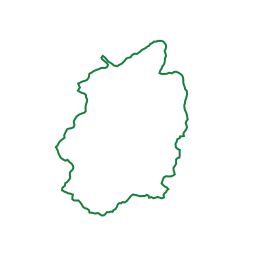 outline of Carmo da Cachoeira, Minas Gerais, Brazil, rotated 119°
{"feature_id": "56859067B43602016556704", "entity_name": "Carmo da Cachoeira", "entity_type": "district", "adm_level": 2, "iso_a3": "BRA", "parent_name": "Brazil", "parent_adm1": "Minas Gerais", "projection": "mercator", "projection_center": [-45.2, -21.454], "detail": "fine", "context": "isolated", "style": "outline", "palette": "green", "viewbox_px": 256, "rotation_deg": 119, "n_neighbors": 0, "source": "geoboundaries", "source_scale": "gbopen_adm2", "svg_char_len": 3147}
<svg xmlns="http://www.w3.org/2000/svg" viewBox="0 0 256 256"><g transform="rotate(119 128 128)"><path d="M194.7,94.8L192.9,93.8L190.7,93.3L188.0,92.8L185.8,92.4L183.6,91.2L183.0,89.2L182.4,87.0L182.0,84.6L180.6,82.6L179.2,80.2L177.3,79.1L177.3,77.1L178.8,75.9L177.2,74.3L177.1,71.7L175.4,70.0L174.0,68.7L173.6,67.0L173.3,64.6L171.3,62.9L169.2,64.5L167.4,64.4L165.7,63.6L164.0,63.8L161.9,63.1L161.1,65.6L161.4,67.4L160.9,69.6L160.1,71.8L157.6,72.2L155.5,72.6L153.6,72.6L151.7,71.3L150.3,68.2L149.2,66.7L147.6,65.4L145.9,64.6L144.0,66.4L142.7,67.8L140.8,68.9L138.1,68.6L135.9,68.6L134.1,69.6L132.2,70.7L130.2,70.0L129.0,68.7L126.6,69.6L123.9,71.3L122.1,72.1L122.3,74.5L121.7,76.8L118.8,78.8L116.5,78.8L113.9,79.4L111.8,77.9L110.0,78.3L109.0,76.5L107.9,75.2L105.8,77.0L103.7,76.8L101.3,76.4L98.9,76.7L97.3,78.0L95.8,79.9L93.6,80.3L91.6,79.9L89.6,81.6L87.1,83.7L85.6,85.5L84.7,86.9L83.0,88.4L81.1,89.7L78.5,90.3L76.0,91.3L74.4,91.3L72.4,91.9L69.8,92.8L67.1,94.5L66.3,96.8L64.8,98.2L63.3,99.9L61.9,101.4L59.9,102.5L57.7,103.9L56.0,105.7L55.3,108.1L55.2,111.0L55.5,113.3L56.7,114.9L58.8,115.9L59.8,118.9L61.5,120.1L62.7,121.7L63.6,123.3L64.5,124.9L64.7,127.1L62.4,127.6L59.4,127.5L57.5,127.8L55.6,127.5L53.9,127.5L51.3,128.4L49.1,129.4L46.4,129.7L44.4,131.6L43.1,133.2L41.4,133.4L39.1,133.7L36.9,135.2L35.8,137.4L35.3,139.1L35.6,141.0L37.1,143.8L38.9,145.3L39.8,147.1L42.2,148.1L43.7,149.3L45.8,149.4L47.5,150.6L49.1,151.2L50.6,152.0L52.6,153.5L55.7,154.6L58.8,156.0L60.0,158.5L62.4,159.9L64.9,160.0L66.6,162.0L68.3,163.2L70.4,163.4L72.3,163.9L74.1,164.4L75.6,165.2L77.2,166.4L79.2,167.4L80.1,170.6L79.7,172.5L79.5,174.5L79.4,176.8L79.0,178.5L78.3,180.1L77.5,182.5L77.2,185.1L79.4,185.3L80.4,183.8L80.7,182.0L81.1,180.0L81.5,177.9L82.5,176.0L84.8,175.9L86.6,177.1L87.4,178.8L88.7,180.8L90.8,182.0L92.3,183.7L94.0,184.9L95.5,185.9L97.2,186.7L99.3,188.1L101.6,187.2L103.6,186.8L106.1,187.3L108.1,189.0L109.5,190.5L111.6,191.9L113.3,193.1L114.8,191.2L115.9,189.7L117.7,189.9L119.7,189.9L119.7,187.9L119.7,185.5L119.1,183.1L119.4,180.9L121.5,179.5L122.7,177.7L124.4,176.7L126.7,176.4L129.4,175.7L131.8,174.4L133.8,173.1L135.7,173.6L137.6,175.3L140.0,177.3L142.6,178.4L145.5,178.7L148.3,178.7L149.9,177.7L151.3,176.3L153.8,176.0L155.8,177.6L157.3,179.6L158.6,180.6L160.5,180.6L162.7,180.5L165.2,180.3L167.4,178.8L169.8,179.9L171.9,180.9L174.0,181.3L177.0,181.2L179.7,181.8L180.9,179.9L182.1,178.2L183.6,176.8L184.7,175.5L185.6,174.0L186.7,172.2L187.0,169.2L186.9,166.8L185.1,165.4L186.2,162.8L186.6,159.8L187.7,157.8L189.4,156.4L191.7,156.3L193.5,157.0L195.2,157.2L197.2,156.1L199.0,154.7L200.8,154.3L202.9,154.6L204.8,155.0L206.6,156.1L209.1,155.2L211.8,156.4L214.4,155.5L214.5,153.1L214.2,151.0L214.2,149.0L213.5,146.8L213.0,143.9L215.2,143.2L217.3,142.1L217.5,140.0L216.5,138.2L215.4,136.2L216.3,133.4L217.5,131.0L218.7,129.1L219.1,127.2L218.5,125.0L218.8,122.3L220.7,120.6L219.5,118.3L218.7,115.1L216.9,113.0L217.0,111.0L217.3,108.8L216.1,106.7L213.5,105.9L211.8,105.7L211.0,103.9L209.5,102.7L208.8,100.8L206.9,100.9L204.9,99.6L202.6,99.5L199.8,99.9L197.8,99.1L197.2,97.5L195.4,96.8L194.7,94.8Z" fill="none" stroke="#15803d" stroke-width="2"/></g></svg>